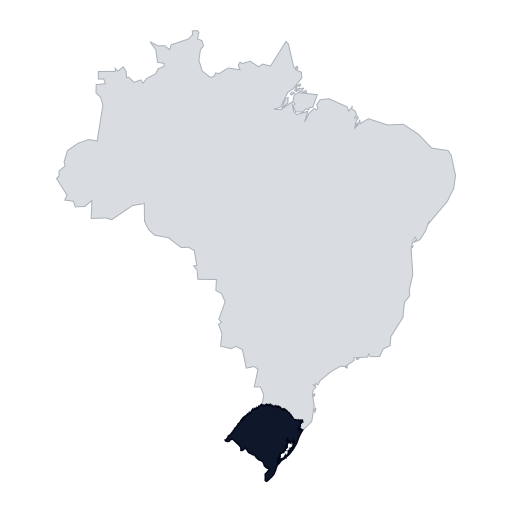 Brazil, with Rio Grande do Sul highlighted
{"feature_id": "BRA-612", "entity_name": "Rio Grande do Sul", "entity_type": "State", "adm_level": 1, "iso_a3": "BRA", "parent_name": "Brazil", "parent_adm1": "", "projection": "robinson", "projection_center": [-52.79, -30.407], "detail": "fine", "context": "in_parent", "style": "filled", "palette": "ink", "viewbox_px": 512, "rotation_deg": 0, "n_neighbors": 0, "source": "natural_earth", "source_scale": "10m", "svg_char_len": 9571}
<svg xmlns="http://www.w3.org/2000/svg" viewBox="0 0 512 512"><path d="M128.6,77.1L134.0,82.4L140.8,79.9L142.9,83.3L146.7,78.5L155.9,73.6L157.9,68.9L163.8,66.4L164.3,63.4L157.6,62.3L155.8,49.8L150.0,41.8L157.9,45.9L164.8,45.7L169.7,49.7L171.2,44.8L188.7,38.9L192.5,34.7L192.3,30.9L197.5,30.7L199.0,32.5L197.4,38.9L201.9,40.6L203.5,45.8L200.4,49.8L198.9,60.2L202.2,71.1L210.4,77.4L214.0,76.4L215.8,72.9L218.9,73.7L228.2,68.0L240.0,69.8L238.3,65.2L240.1,62.1L242.4,63.5L250.1,61.2L258.7,66.8L262.4,64.1L270.6,66.0L286.0,41.4L288.4,44.0L293.6,66.6L296.2,70.1L301.3,72.1L301.9,77.8L293.2,88.7L287.8,92.3L280.7,107.1L273.7,109.2L281.0,109.6L291.8,102.1L293.8,111.6L296.8,114.6L307.9,111.3L304.6,122.0L308.9,113.4L314.1,108.5L316.6,109.9L317.7,108.4L316.7,104.5L320.1,99.8L328.8,98.7L347.2,106.9L348.6,111.1L351.1,108.2L355.5,111.5L356.6,115.0L354.4,117.5L355.3,118.7L357.7,116.3L358.2,118.6L356.1,121.0L354.7,128.3L357.6,125.3L359.8,119.8L360.1,123.7L368.4,118.7L387.8,125.0L403.3,124.3L418.4,134.2L431.6,148.1L448.2,150.6L451.3,155.6L455.5,175.5L453.7,188.5L447.2,201.5L429.0,223.1L429.0,221.3L425.5,231.1L419.8,239.7L417.2,241.0L415.3,237.2L413.6,239.1L411.1,248.3L412.8,274.6L409.3,289.8L409.7,295.9L404.5,302.2L402.9,317.5L390.8,336.7L390.2,345.5L383.1,349.1L379.6,356.5L370.5,356.7L368.5,353.9L367.8,357.0L353.7,357.8L354.3,360.3L345.4,366.4L340.3,366.3L331.3,371.4L320.1,380.6L317.9,385.0L316.0,383.4L315.2,385.4L312.7,384.5L315.9,387.1L313.3,390.0L312.4,394.9L314.2,405.6L311.7,421.6L302.3,430.7L290.6,452.6L279.7,462.5L279.5,459.2L287.2,455.1L294.0,443.1L294.2,441.0L289.7,442.3L287.0,438.4L288.4,442.2L287.1,446.7L280.4,454.0L278.2,459.8L278.9,463.1L273.7,474.3L266.8,481.3L265.2,480.3L265.2,474.7L269.2,469.7L263.0,461.8L249.2,452.8L244.9,447.9L241.0,450.5L240.6,447.0L232.8,439.3L229.1,441.3L225.2,440.2L241.9,419.2L243.9,419.3L243.5,417.3L262.1,404.7L263.7,394.4L260.3,386.9L254.3,386.9L258.0,369.2L254.1,366.5L246.3,368.1L242.4,349.6L235.9,346.4L231.0,348.7L220.5,346.1L222.0,334.0L218.6,324.3L221.6,322.2L218.8,319.5L225.1,301.8L221.6,293.7L215.9,290.5L216.4,279.5L197.9,279.3L197.1,270.2L193.6,265.8L196.8,265.7L194.3,250.7L188.5,247.2L181.3,247.6L168.3,237.7L154.5,235.1L148.7,229.7L144.5,221.3L144.3,203.5L132.3,205.7L111.7,219.7L105.5,217.9L91.2,218.5L91.9,200.4L84.9,206.5L75.3,206.9L73.3,201.2L64.8,200.1L67.1,195.2L56.5,178.6L59.3,175.8L58.9,171.1L65.1,166.0L64.1,161.8L67.5,150.5L78.1,143.3L88.7,139.5L97.2,141.0L102.9,105.1L100.5,97.2L96.0,92.9L96.2,84.6L105.4,83.7L103.8,79.1L98.3,79.0L98.3,71.5L115.4,71.4L115.2,68.3L117.8,71.1L123.3,66.8L126.2,71.6L126.5,77.6L128.6,77.1ZM298.4,92.6L317.3,94.7L312.8,107.3L309.3,107.6L308.7,109.8L305.9,108.7L302.9,112.0L295.7,111.9L293.1,105.6L295.0,104.0L292.8,101.7L294.3,94.4L298.4,92.6ZM282.2,107.8L285.1,98.8L288.1,97.5L287.9,103.1L282.2,107.8ZM303.6,88.2L301.7,91.5L297.4,90.8L298.1,88.6L303.6,88.2ZM297.1,84.4L296.4,91.4L294.5,90.6L297.1,84.4ZM306.6,92.6L303.9,92.9L302.6,92.4L306.0,90.3L306.6,92.6ZM294.2,92.8L291.4,95.1L290.3,93.9L292.3,91.9L294.2,92.8ZM299.3,86.7L298.0,85.3L300.3,83.9L300.5,85.2L299.3,86.7ZM297.8,68.9L296.2,69.2L295.9,66.7L297.4,66.5L297.8,68.9ZM314.9,412.2L314.3,410.0L315.6,408.0L316.0,408.6L314.9,412.2ZM347.0,365.5L347.4,368.0L345.5,367.5L347.0,365.5ZM314.0,396.4L313.2,395.1L314.5,393.8L314.9,394.3L314.0,396.4ZM357.2,123.8L356.0,126.4L357.2,122.7L357.2,123.8ZM416.1,241.4L414.3,242.2L415.5,240.1L416.1,241.4ZM358.8,358.8L356.8,359.6L356.4,359.1L357.6,358.0L358.8,358.8ZM413.0,246.2L412.3,247.6L411.8,246.7L413.0,246.2ZM352.1,105.9L352.2,107.3L351.7,107.1L352.1,105.9Z" fill="#d9dde1" stroke="#a8b0b8" stroke-width="1"/><path d="M226.2,441.2L225.6,441.0L225.4,440.4L225.2,440.1L225.8,440.0L226.2,439.7L227.1,438.5L228.0,437.8L228.1,436.3L228.3,435.9L229.0,435.5L230.0,435.3L230.9,434.4L231.4,433.4L232.9,432.0L233.3,430.8L234.1,430.3L234.5,429.4L234.5,428.9L234.8,428.3L235.5,427.7L236.7,427.3L237.0,425.9L237.7,425.5L237.9,425.1L238.0,423.9L239.0,423.5L239.8,422.4L240.4,421.9L240.6,421.7L240.7,420.6L241.8,420.3L241.7,419.3L242.4,418.9L243.4,419.1L243.6,419.6L243.8,419.5L244.1,418.7L243.9,418.3L243.1,417.9L243.0,417.6L243.9,417.2L244.7,416.3L244.9,416.3L245.0,416.6L245.7,415.8L246.3,415.8L246.9,415.1L246.9,414.7L247.3,414.5L247.5,413.9L248.1,414.0L248.9,413.2L249.4,413.5L249.6,413.1L250.3,413.2L249.8,412.3L250.8,412.4L251.5,411.9L251.6,410.6L252.1,410.4L252.3,409.7L252.5,409.4L252.6,409.7L252.8,409.9L253.7,409.7L253.9,409.2L254.0,409.4L254.3,409.3L254.7,408.6L255.1,409.0L256.0,408.7L255.9,408.2L256.1,408.1L256.6,408.1L256.8,408.6L257.0,408.4L257.0,407.9L257.4,408.3L257.6,408.3L257.9,407.8L258.2,407.7L258.2,407.4L258.7,406.2L258.9,406.3L258.9,406.6L259.6,406.6L260.4,405.5L260.8,405.6L260.8,405.1L261.4,405.3L261.6,404.7L262.0,405.3L262.6,405.1L262.8,405.4L263.1,405.4L263.6,405.1L263.8,405.3L263.9,405.8L264.5,405.4L265.4,405.6L265.4,404.8L265.5,404.7L265.9,404.9L266.4,404.7L266.7,404.2L267.5,404.6L267.2,405.6L267.5,405.6L268.2,405.2L268.6,405.5L268.9,404.9L269.1,405.2L269.5,405.2L269.8,404.5L270.2,404.3L270.3,404.5L270.1,404.8L270.1,405.0L270.4,405.0L270.5,405.1L270.3,405.7L270.4,405.9L270.6,405.9L270.9,405.2L271.1,405.7L271.6,405.2L271.9,405.2L272.0,405.7L272.9,406.2L273.1,406.1L273.3,406.5L273.6,406.2L274.1,406.3L274.8,406.1L275.4,406.3L275.7,405.8L276.1,406.5L276.1,406.1L276.3,406.2L276.4,406.7L276.9,406.6L277.1,406.8L277.2,406.7L277.2,406.3L277.3,406.2L277.7,406.2L277.8,406.4L277.6,406.6L277.9,407.0L278.4,406.4L278.6,406.8L279.1,406.7L279.1,407.2L280.0,407.1L280.1,407.5L280.6,407.6L280.7,407.8L280.1,407.9L280.9,408.5L280.6,408.7L281.0,408.5L281.2,409.1L281.4,409.4L281.6,408.9L281.7,409.0L281.7,409.3L282.4,409.4L282.4,409.0L282.8,409.0L283.0,409.3L283.4,408.9L283.7,409.3L284.0,409.0L284.2,409.6L284.5,409.4L284.5,409.8L284.6,410.0L285.5,409.8L285.7,410.4L286.1,410.6L286.2,410.9L286.6,410.6L286.8,411.1L287.2,411.2L287.2,411.6L287.8,412.2L288.2,412.2L289.3,412.8L289.9,414.2L290.6,414.5L291.2,415.2L291.1,415.9L291.3,416.0L291.4,416.4L291.7,416.3L292.1,416.5L292.6,417.6L293.0,418.0L293.8,419.2L294.6,419.7L295.1,419.6L295.5,419.8L296.3,419.9L296.5,420.1L297.7,420.1L298.3,420.5L298.6,420.0L298.8,420.3L299.5,420.5L300.1,420.1L300.5,420.4L301.1,420.1L301.4,420.5L301.7,420.6L302.0,420.7L302.3,420.3L302.5,420.8L302.7,421.0L302.8,421.9L302.0,422.0L301.4,423.0L300.8,423.4L300.8,423.2L300.6,423.2L300.6,423.7L300.3,424.0L300.2,424.5L300.3,426.0L300.1,426.8L299.8,427.2L299.8,427.6L299.4,427.8L299.1,427.5L298.8,428.2L298.2,428.7L298.2,429.7L299.4,430.6L299.5,430.4L299.4,430.0L298.9,429.4L300.1,429.0L300.3,428.7L301.1,429.0L301.6,429.6L302.3,429.8L302.4,430.2L302.6,430.2L301.7,431.6L300.4,433.8L299.8,435.3L299.3,435.9L296.6,443.4L293.8,448.2L292.6,450.1L291.6,451.2L291.0,452.1L289.5,454.0L288.4,455.1L284.4,458.6L281.4,460.4L279.3,463.1L279.3,462.8L279.8,461.5L279.5,461.0L280.0,460.6L279.2,459.5L279.3,459.2L279.6,458.9L280.9,459.6L281.7,459.5L281.9,459.2L281.7,458.8L283.0,458.7L283.4,458.5L284.9,456.7L285.0,456.2L285.5,456.7L285.3,456.0L285.7,455.2L285.8,455.6L286.2,455.7L286.6,455.6L287.5,454.9L288.1,453.7L288.3,452.9L288.4,452.0L288.2,451.3L288.3,450.5L288.4,450.4L288.9,450.5L289.8,450.3L289.9,451.1L290.1,451.1L290.2,450.8L290.5,450.6L290.2,450.4L290.0,450.1L290.3,448.7L290.1,448.4L290.7,448.4L291.7,447.6L292.2,447.4L292.5,447.2L292.9,446.4L293.1,445.4L293.0,443.4L292.6,442.2L293.0,442.1L293.4,442.6L293.4,443.1L293.8,443.6L294.2,443.2L294.1,442.8L294.5,441.7L294.4,441.1L293.7,440.2L293.4,440.2L293.1,440.5L293.3,440.9L293.1,441.4L292.1,441.4L291.9,441.8L290.8,441.7L290.6,442.4L290.8,443.1L290.6,443.0L289.6,442.4L289.5,442.0L289.8,441.4L289.7,441.1L289.4,441.1L289.4,440.8L289.2,440.8L288.7,441.0L288.2,440.6L288.2,440.3L287.7,440.2L287.8,439.8L287.5,439.3L287.6,438.5L287.4,438.6L287.4,438.2L287.2,438.1L286.9,438.8L287.1,439.0L286.9,439.8L286.9,440.2L286.7,440.6L287.2,440.6L287.3,440.9L287.1,441.2L287.6,441.6L287.9,441.3L288.1,442.2L289.0,442.1L288.8,442.7L288.0,442.6L287.5,443.4L287.1,445.2L287.3,447.1L287.0,447.2L286.8,447.0L287.1,446.9L287.1,446.6L286.8,445.4L286.2,445.4L286.2,447.0L286.4,448.2L285.5,448.3L285.2,449.2L285.3,450.2L285.6,450.5L283.8,451.1L283.5,452.0L283.7,452.5L281.9,452.7L281.5,453.2L280.9,453.1L280.5,453.4L280.7,453.7L280.1,454.3L280.1,455.8L280.3,456.2L280.0,457.1L279.7,456.2L279.3,456.0L279.2,456.6L279.7,456.6L279.7,456.8L279.5,457.3L278.0,458.1L278.1,458.8L277.9,459.3L277.7,459.3L277.7,459.5L277.8,459.8L278.1,459.6L278.8,460.3L277.8,460.8L277.6,461.8L278.0,461.8L277.8,462.1L278.0,462.1L278.6,461.9L278.9,461.5L279.3,461.5L278.5,462.3L278.6,462.6L279.2,461.9L279.1,462.6L279.2,463.1L278.9,463.2L277.6,464.4L276.4,466.9L275.5,470.4L273.8,474.3L272.1,476.4L267.8,480.5L266.7,481.3L266.4,481.3L266.0,480.6L265.4,480.7L265.2,480.2L265.4,477.3L265.2,474.7L265.4,473.8L265.7,473.5L267.2,472.4L267.5,471.4L269.1,469.9L269.3,469.5L268.4,468.5L266.3,467.7L264.9,466.3L264.1,465.3L264.0,464.1L263.4,463.0L263.0,461.8L262.0,461.4L261.6,460.7L260.5,460.3L260.1,459.8L259.8,459.7L259.2,460.1L258.0,459.1L256.1,457.3L255.8,456.1L255.1,455.5L254.7,454.9L252.3,454.5L251.1,453.5L250.6,452.7L250.0,453.4L248.5,452.4L248.0,451.4L247.5,451.0L247.2,450.0L245.0,447.8L244.6,447.8L244.5,448.0L244.4,448.9L243.7,449.0L243.4,449.7L242.5,450.4L241.0,450.5L240.9,450.4L240.9,448.8L241.2,447.9L240.9,447.3L240.3,446.7L238.9,444.8L237.2,443.5L236.8,442.9L235.9,442.2L235.4,441.5L234.8,441.3L234.7,440.7L233.5,439.9L232.8,439.2L230.4,439.3L229.9,439.8L229.6,440.8L229.1,441.3L228.8,441.4L228.5,441.2L228.3,441.4L227.7,441.2L227.3,441.5L226.8,441.1L226.2,441.2Z" fill="#0f172a" stroke="#020617" stroke-width="1.5"/></svg>